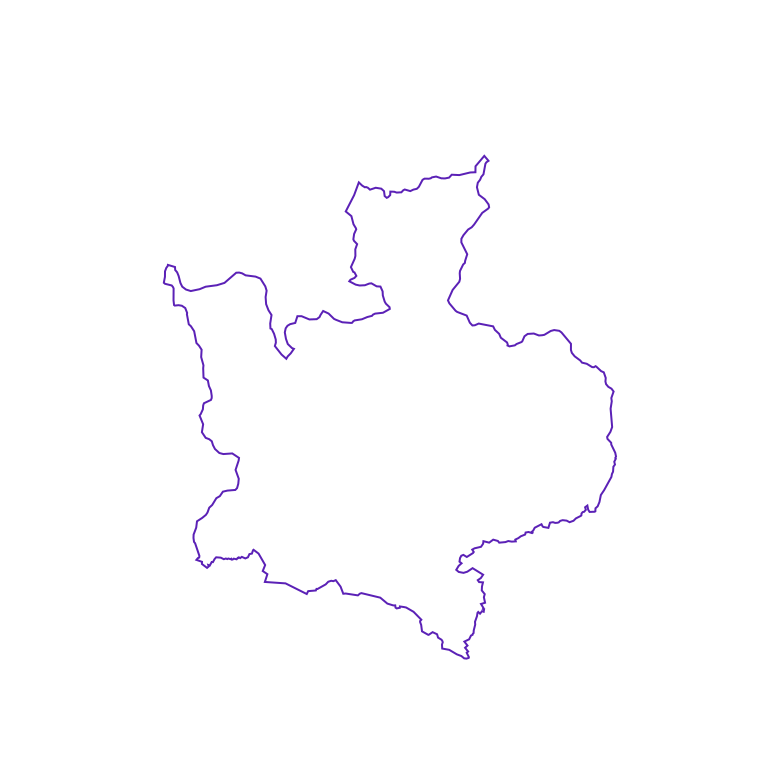 Cosna, Suceava, Romania, rotated 30°
{"feature_id": "2599482B14560986081360", "entity_name": "Cosna", "entity_type": "district", "adm_level": 2, "iso_a3": "ROU", "parent_name": "Romania", "parent_adm1": "Suceava", "projection": "orthographic", "projection_center": [25.113, 47.426], "detail": "fine", "context": "isolated", "style": "outline", "palette": "violet", "viewbox_px": 768, "rotation_deg": 30, "n_neighbors": 0, "source": "geoboundaries", "source_scale": "gbopen_adm2", "svg_char_len": 6165}
<svg xmlns="http://www.w3.org/2000/svg" viewBox="0 0 768 768"><g transform="rotate(30 384 384)"><path d="M566.7,584.0L573.4,581.6L582.3,581.7L587.0,580.9L590.6,581.5L592.7,580.6L594.3,578.9L594.1,578.1L590.0,575.4L590.6,573.6L586.1,571.9L587.1,568.8L582.4,566.9L585.4,562.5L585.1,558.4L586.1,556.9L585.8,555.9L586.1,554.9L584.9,552.5L583.3,546.8L581.7,544.4L580.6,538.5L579.4,535.5L579.6,534.3L582.0,534.9L582.5,531.7L584.2,531.4L583.3,529.0L582.2,529.3L582.2,528.3L578.0,526.0L580.9,522.9L577.1,518.7L576.3,515.6L571.9,513.9L570.1,510.4L568.9,506.3L565.4,508.0L563.3,507.0L564.9,503.6L565.2,499.6L552.8,499.2L550.0,504.9L547.3,507.8L542.7,509.4L539.5,508.8L539.6,504.2L540.8,500.5L538.2,500.1L536.9,496.8L536.8,494.1L538.2,492.3L542.2,492.4L545.6,485.9L545.7,484.6L543.2,483.3L544.6,481.0L549.4,476.5L549.7,472.8L548.7,470.4L554.4,468.8L556.4,464.2L561.1,463.0L563.1,463.8L568.2,460.2L570.1,457.9L573.5,456.6L576.8,454.4L575.5,453.1L577.4,450.3L578.6,447.5L581.5,443.8L580.9,441.8L583.2,439.9L586.8,439.1L587.0,438.6L585.8,438.3L586.5,436.5L586.4,433.1L590.5,426.7L592.7,428.1L593.6,428.1L598.3,426.4L597.1,421.1L599.4,419.2L601.7,418.7L603.5,417.5L604.5,416.5L605.0,414.5L606.8,412.6L610.5,411.0L613.8,410.9L616.5,407.7L617.4,404.4L620.4,399.8L620.6,399.1L619.8,397.4L620.1,395.6L621.2,394.6L621.7,392.0L619.8,390.2L620.9,387.6L623.6,390.7L626.0,392.0L630.3,389.3L630.7,388.6L629.3,385.9L630.2,383.1L629.6,378.5L627.3,371.7L627.7,365.9L627.4,350.8L626.4,348.0L626.2,345.4L624.0,340.9L624.3,338.3L622.3,336.2L622.1,332.8L621.3,332.4L621.2,330.8L618.6,327.9L611.1,322.8L610.1,321.3L605.0,319.8L603.7,318.3L604.0,312.3L603.1,307.2L592.6,292.1L589.9,285.1L587.9,282.5L586.6,275.7L583.3,274.3L579.7,274.3L576.4,273.1L574.5,271.1L573.0,267.9L568.5,264.0L565.6,264.3L559.2,262.8L558.3,262.8L557.4,264.5L555.8,265.3L549.5,265.1L544.8,266.5L542.2,265.5L535.3,264.7L531.1,263.1L528.9,261.1L525.8,255.7L511.9,250.6L509.2,250.3L504.4,252.2L501.9,254.7L498.3,261.2L496.7,262.6L493.9,264.5L488.5,265.4L483.4,268.8L481.8,272.4L482.4,277.9L482.1,278.9L478.8,283.1L478.0,285.1L473.8,288.7L471.7,288.9L471.5,288.0L469.8,286.5L462.0,285.5L458.7,283.0L453.0,281.7L449.7,279.5L435.8,284.3L433.3,287.7L431.3,289.1L427.7,288.0L421.4,283.4L411.3,285.0L409.4,284.8L400.3,281.5L397.6,279.6L396.4,268.2L398.1,257.8L397.3,254.9L394.2,250.2L393.3,248.1L392.8,240.9L393.5,238.7L392.7,236.8L391.2,230.0L380.2,222.7L378.4,219.5L378.4,215.3L379.6,208.2L381.6,204.4L382.3,200.9L383.5,186.7L386.5,180.0L386.7,178.4L384.8,176.2L378.8,173.6L371.5,172.7L366.1,167.1L364.6,162.8L365.1,159.0L364.7,155.9L365.3,152.7L361.7,142.5L361.8,140.8L362.9,138.5L356.8,136.3L354.4,149.7L357.3,154.9L352.9,157.7L344.8,165.4L338.0,168.9L337.2,172.7L334.0,175.5L330.8,177.2L325.4,178.3L322.2,181.1L321.6,182.5L320.2,183.8L316.4,185.9L315.3,187.9L315.6,195.8L314.8,198.6L312.3,200.9L310.3,203.8L304.7,205.2L303.8,206.6L303.2,209.3L299.2,211.9L296.7,212.4L293.3,214.2L294.9,217.3L294.2,220.1L293.3,221.4L290.6,220.9L287.6,217.0L284.0,216.2L278.7,218.2L274.7,222.7L271.8,222.1L270.0,222.4L269.1,223.2L265.9,223.1L261.4,222.0L263.7,235.4L264.6,253.7L271.8,254.9L277.7,260.9L281.7,263.1L282.6,263.9L283.1,269.0L285.1,274.0L286.4,275.0L290.8,276.3L291.8,281.7L295.2,287.4L296.0,290.3L296.9,299.3L301.3,302.3L302.6,302.1L306.0,304.2L305.4,306.9L302.8,310.5L302.6,312.4L309.8,312.1L313.6,310.9L318.1,308.0L321.0,304.4L322.8,303.1L328.8,303.1L332.2,301.4L336.5,304.5L338.7,307.9L343.4,312.3L345.5,313.5L350.4,314.7L351.5,316.1L347.5,322.8L341.1,327.5L339.8,329.4L339.5,331.0L336.1,334.3L332.5,339.0L326.8,343.6L326.0,345.1L325.8,346.9L325.1,347.5L317.0,351.4L310.4,352.4L308.2,352.6L300.8,350.7L294.8,351.2L294.5,355.9L294.7,358.3L293.3,361.5L287.1,365.4L278.7,366.5L275.1,368.6L276.6,375.5L272.8,379.1L271.3,381.8L271.0,384.9L272.3,388.9L276.5,393.9L280.7,397.5L286.4,398.9L288.4,398.6L287.9,404.1L286.8,408.3L286.8,411.0L280.5,409.7L270.5,405.7L269.7,402.3L268.0,399.6L263.7,395.5L259.4,392.6L257.9,392.7L255.2,388.5L252.1,380.5L247.1,377.9L242.0,373.8L238.0,367.9L235.7,361.9L232.4,358.8L224.3,354.5L219.1,355.2L209.8,359.1L205.8,359.1L202.9,359.9L200.4,361.5L195.3,376.2L189.9,382.0L180.9,388.9L176.9,394.1L170.2,400.1L165.3,401.2L160.6,400.6L157.2,398.3L152.1,393.1L149.0,390.7L146.2,389.7L144.5,387.2L137.3,388.9L137.7,390.0L137.4,392.2L138.0,395.9L140.7,400.7L142.7,406.4L144.3,406.7L150.9,404.8L152.7,405.5L154.0,406.4L159.9,416.8L162.7,420.6L163.6,420.7L166.6,418.5L169.8,417.3L173.9,417.6L178.0,420.9L178.4,422.1L185.1,429.9L187.9,430.5L193.2,433.2L201.1,442.3L204.6,443.3L208.9,445.5L212.2,452.1L218.3,458.1L219.5,460.7L224.5,468.7L229.7,469.0L233.4,473.3L237.3,476.1L240.8,480.5L241.8,482.3L242.1,484.3L237.7,490.7L238.1,492.9L239.8,496.5L240.3,501.8L240.0,503.5L247.5,509.3L250.4,516.8L256.5,519.8L260.2,519.2L263.5,519.7L266.5,522.5L270.1,524.8L275.9,526.1L279.9,525.0L287.3,520.0L295.4,520.5L296.4,523.0L298.4,532.6L305.6,538.7L307.7,543.3L308.8,547.6L308.2,550.1L301.7,554.6L298.3,557.8L297.9,563.2L295.9,566.7L295.7,574.7L294.5,578.5L295.4,583.6L295.2,586.4L293.5,590.9L290.7,596.4L293.2,602.3L294.4,609.6L296.0,612.6L298.4,615.7L300.1,616.4L310.1,625.2L310.7,626.7L309.9,627.8L309.5,630.1L315.3,629.0L316.3,630.9L322.7,631.7L323.4,629.7L322.3,628.6L323.9,628.3L323.8,624.3L324.9,623.8L324.8,620.3L325.3,618.0L329.5,616.0L332.9,615.8L334.3,614.2L335.8,614.0L336.4,613.0L338.7,612.4L339.1,611.7L339.9,612.2L340.7,611.7L341.2,610.4L344.0,609.5L344.3,607.7L344.8,607.6L345.0,606.7L346.5,606.7L347.3,604.8L351.1,604.4L352.8,602.1L352.5,598.6L354.4,596.9L353.7,593.5L353.9,592.8L360.2,593.6L371.6,600.2L372.5,606.6L378.1,607.0L379.8,615.0L398.4,605.9L422.1,604.5L421.9,601.3L428.2,596.9L428.0,595.2L428.9,594.8L433.7,586.7L434.6,583.1L436.7,580.8L438.7,580.1L440.3,578.0L447.7,581.2L453.6,586.0L455.6,584.6L467.1,580.1L467.9,577.7L469.0,576.4L487.6,570.9L496.7,572.5L502.8,571.1L504.4,570.1L505.8,571.9L507.2,572.0L509.6,569.9L509.0,568.7L512.8,567.2L514.9,566.5L523.5,566.5L534.2,569.5L533.8,571.3L534.4,572.2L536.6,574.0L540.6,579.2L547.6,579.1L548.1,578.9L550.2,574.6L555.1,574.2L557.6,576.6L561.7,576.7L563.2,577.5L564.0,578.3L564.5,580.7L566.7,584.0Z" fill="none" stroke="#5b21b6" stroke-width="2"/></g></svg>